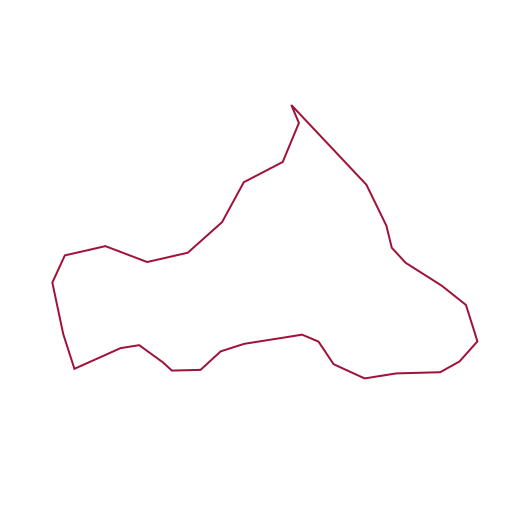 the district of Guri-si, Gyeonggi, South Korea, rotated 261°
{"feature_id": "91817680B5684950588758", "entity_name": "Guri-si", "entity_type": "district", "adm_level": 2, "iso_a3": "KOR", "parent_name": "South Korea", "parent_adm1": "Gyeonggi", "projection": "orthographic", "projection_center": [127.129, 37.591], "detail": "fine", "context": "isolated", "style": "outline", "palette": "rose", "viewbox_px": 512, "rotation_deg": 261, "n_neighbors": 0, "source": "geoboundaries", "source_scale": "gbopen_adm2", "svg_char_len": 593}
<svg xmlns="http://www.w3.org/2000/svg" viewBox="0 0 512 512"><g transform="rotate(261 256 256)"><path d="M173.0,59.0L186.2,107.8L186.2,126.7L165.4,147.5L156.0,155.0L152.2,183.4L167.3,206.1L171.1,230.6L171.1,289.2L161.6,304.4L137.0,315.7L118.1,344.1L118.1,366.8L118.1,376.2L112.4,419.7L120.0,440.5L137.0,461.3L146.2,460.0L174.8,455.7L197.5,434.9L225.9,402.7L242.9,391.4L265.6,389.5L309.1,376.2L399.6,314.5L380.7,319.2L344.7,297.1L330.8,255.5L294.8,227.8L269.9,189.1L267.1,147.5L289.3,108.8L286.5,67.3L261.6,50.7L209.0,53.4L173.0,59.0Z" fill="none" stroke="#9f1239" stroke-width="2"/></g></svg>